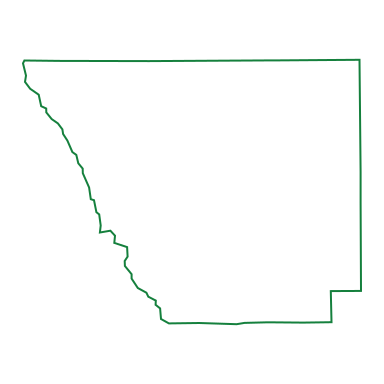 Larimer, Colorado, United States of America
{"feature_id": "52423323B69154914244995", "entity_name": "Larimer", "entity_type": "district", "adm_level": 2, "iso_a3": "USA", "parent_name": "United States of America", "parent_adm1": "Colorado", "projection": "orthographic", "projection_center": [-105.711, 40.628], "detail": "fine", "context": "isolated", "style": "outline", "palette": "green", "viewbox_px": 384, "rotation_deg": 0, "n_neighbors": 0, "source": "geoboundaries", "source_scale": "gbopen_adm2", "svg_char_len": 856}
<svg xmlns="http://www.w3.org/2000/svg" viewBox="0 0 384 384"><path d="M114.3,242.9L127.1,247.1L127.6,256.6L124.7,261.0L124.9,266.0L131.6,274.2L131.6,278.6L137.8,288.0L146.4,292.7L148.3,296.7L155.8,300.6L155.6,304.8L160.1,308.4L161.0,319.0L168.9,323.4L199.2,323.0L236.6,324.2L244.5,322.9L267.8,322.3L303.2,322.6L331.5,322.2L330.8,291.1L345.5,291.0L350.7,291.0L351.3,291.0L361.0,290.9L360.6,203.2L360.6,172.3L359.5,59.8L275.8,60.4L275.4,60.4L269.9,60.4L149.5,61.1L148.0,61.1L59.1,60.9L24.4,60.5L23.0,63.3L26.0,75.6L25.0,81.9L30.2,88.8L38.7,94.7L41.2,106.2L46.2,108.5L46.3,112.4L51.7,119.1L57.9,123.4L62.4,129.4L63.1,134.0L67.4,140.6L72.4,152.1L76.3,154.9L78.3,163.3L82.7,168.6L82.8,173.2L89.1,187.5L90.8,199.2L94.0,200.2L96.4,212.2L99.2,214.4L100.7,225.5L99.9,232.5L110.4,230.7L115.0,235.7L114.3,242.9Z" fill="none" stroke="#15803d" stroke-width="2"/></svg>